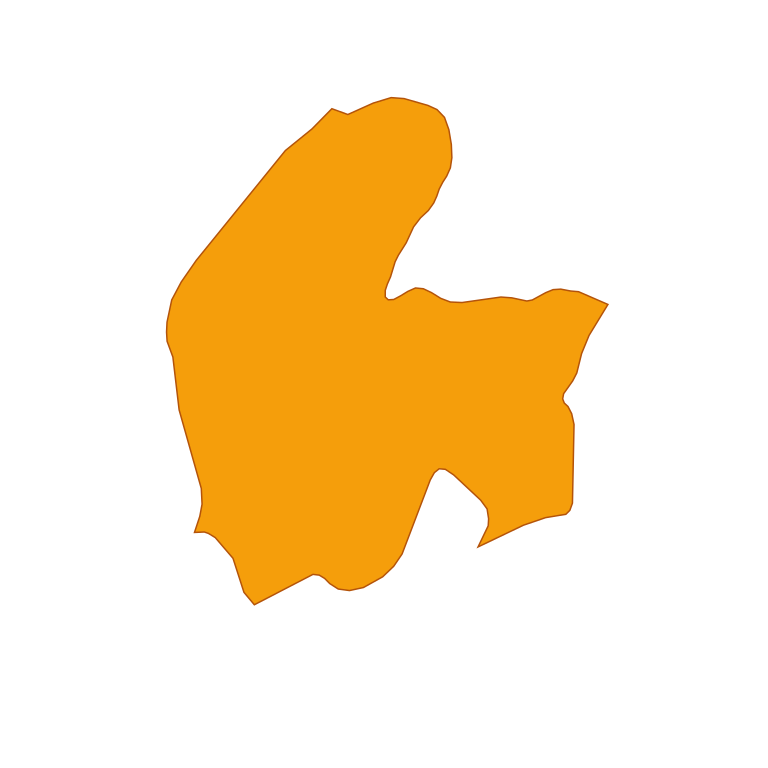 an SVG outline of Thái Nguyên, rotated 35°
{"feature_id": "VNM-452", "entity_name": "Thái Nguyên", "entity_type": "Province", "adm_level": 1, "iso_a3": "VNM", "parent_name": "Vietnam", "parent_adm1": "", "projection": "natural_earth1", "projection_center": [105.891, 21.681], "detail": "fine", "context": "isolated", "style": "filled", "palette": "amber", "viewbox_px": 768, "rotation_deg": 35, "n_neighbors": 0, "source": "natural_earth", "source_scale": "10m", "svg_char_len": 1406}
<svg xmlns="http://www.w3.org/2000/svg" viewBox="0 0 768 768"><g transform="rotate(35 384 384)"><path d="M195.6,483.0L181.8,473.4L176.1,466.2L170.8,457.8L161.9,436.9L159.4,416.7L159.3,390.4L169.3,249.3L178.7,216.4L183.4,188.4L199.8,184.0L214.1,160.0L225.6,145.3L236.7,138.7L260.2,130.6L270.0,128.8L280.6,130.9L291.3,138.5L301.8,149.2L309.8,159.7L314.4,168.9L316.1,177.7L316.4,185.0L317.4,192.6L319.5,199.9L320.9,207.2L320.8,216.5L318.6,226.9L318.1,238.3L321.2,255.6L321.9,270.2L323.0,277.5L327.9,292.5L329.4,300.1L331.3,306.5L335.1,312.0L339.2,312.6L343.5,309.2L347.0,302.3L350.4,294.5L354.7,287.3L361.6,283.4L370.5,281.9L381.3,281.3L391.3,278.8L401.2,272.5L429.9,245.7L439.3,240.1L453.4,234.1L457.3,230.1L464.1,216.4L468.4,209.7L474.4,204.9L483.5,200.8L490.4,196.8L521.8,190.4L524.1,226.6L528.4,245.7L535.6,264.4L536.8,273.3L536.7,288.9L538.9,293.7L542.6,296.2L547.6,296.9L554.8,300.7L562.9,308.2L606.7,373.5L608.7,380.9L607.7,386.4L593.0,400.8L579.2,419.7L554.5,463.5L550.7,440.4L547.0,434.4L540.1,427.2L529.8,423.7L493.1,418.5L483.2,418.7L477.8,421.8L476.1,427.7L476.9,436.0L496.3,512.8L496.5,527.7L493.5,542.7L483.9,562.5L474.2,573.0L464.1,578.2L454.0,578.6L446.9,577.3L440.6,577.7L435.0,580.7L404.4,639.2L388.8,635.0L360.3,613.4L333.9,606.6L325.8,607.1L321.7,608.3L313.9,614.3L309.0,598.0L303.9,586.8L294.3,574.4L231.0,522.7L195.6,483.0Z" fill="#f59e0b" stroke="#b45309" stroke-width="1.5"/></g></svg>